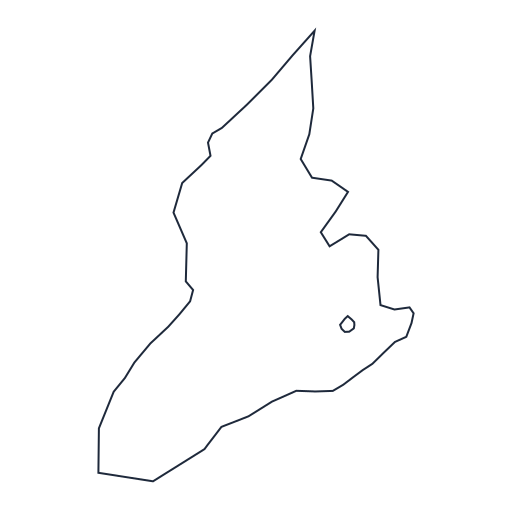 an SVG outline of Goranboy
{"feature_id": "AZE-1681", "entity_name": "Goranboy", "entity_type": "District", "adm_level": 1, "iso_a3": "AZE", "parent_name": "Azerbaijan", "parent_adm1": "", "projection": "equal_earth", "projection_center": [46.693, 40.614], "detail": "fine", "context": "isolated", "style": "outline", "palette": "slate", "viewbox_px": 512, "rotation_deg": 0, "n_neighbors": 0, "source": "natural_earth", "source_scale": "10m", "svg_char_len": 1081}
<svg xmlns="http://www.w3.org/2000/svg" viewBox="0 0 512 512"><path d="M313.7,391.4L310.9,391.3L296.3,390.8L272.0,401.6L248.5,416.3L230.1,423.5L224.4,425.7L221.4,426.9L214.6,435.8L207.6,444.9L204.5,449.1L153.0,481.3L117.6,475.8L117.2,475.7L98.4,472.8L98.9,428.3L113.7,391.7L124.9,378.0L134.4,362.5L150.4,343.4L168.2,326.8L179.4,314.3L190.1,301.3L193.1,290.0L185.8,281.4L186.8,243.3L173.5,212.6L182.2,183.0L201.7,164.8L210.5,155.8L208.0,142.6L212.3,133.5L221.9,127.9L247.1,104.5L271.7,79.9L292.8,55.1L314.6,30.7L310.1,56.2L311.7,81.4L313.3,108.4L309.3,134.3L300.7,159.0L312.0,177.7L331.7,180.6L348.0,191.9L335.7,211.5L320.8,232.2L329.6,246.3L349.2,234.3L365.9,235.8L378.4,249.8L377.6,277.2L380.5,305.1L394.5,309.5L409.5,307.4L413.6,313.3L411.5,323.1L406.3,336.8L395.0,341.9L383.3,353.1L372.4,363.8L362.7,370.1L353.3,377.1L343.3,384.7L338.6,387.5L332.8,390.9L314.6,391.5L313.7,391.4ZM344.8,331.9L349.2,331.7L353.8,328.4L354.4,325.0L354.2,322.2L351.6,319.4L347.7,316.1L344.8,318.8L342.1,322.3L340.1,324.8L341.6,328.8L344.8,331.9Z" fill="none" stroke="#1e293b" stroke-width="2"/></svg>